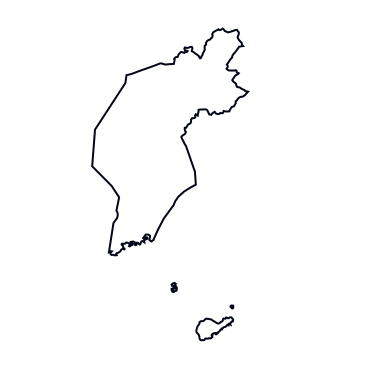 the district of Rompin, Pahang, Malaysia, rotated 70°
{"feature_id": "92858781B70055833536426", "entity_name": "Rompin", "entity_type": "district", "adm_level": 2, "iso_a3": "MYS", "parent_name": "Malaysia", "parent_adm1": "Pahang", "projection": "robinson", "projection_center": [103.679, 2.92], "detail": "fine", "context": "isolated", "style": "outline", "palette": "ink", "viewbox_px": 384, "rotation_deg": 70, "n_neighbors": 0, "source": "geoboundaries", "source_scale": "gbopen_adm2", "svg_char_len": 5984}
<svg xmlns="http://www.w3.org/2000/svg" viewBox="0 0 384 384"><g transform="rotate(70 192 192)"><path d="M48.9,107.3L49.5,109.5L49.3,110.5L48.9,111.2L48.1,111.6L48.5,112.9L48.6,114.5L49.2,117.6L50.8,119.1L52.2,119.1L53.1,119.7L54.0,120.9L54.2,121.8L54.9,122.8L54.9,124.7L55.3,126.1L56.4,127.7L58.3,128.3L59.0,130.1L61.1,130.9L62.6,131.3L64.2,132.8L65.3,134.3L66.8,135.2L67.9,136.9L68.9,137.5L69.2,138.6L68.1,139.0L66.7,139.1L64.4,140.4L63.4,141.3L60.9,142.8L59.7,144.0L58.7,143.6L57.4,142.6L56.2,142.4L55.6,142.6L55.1,143.7L55.2,145.9L55.1,147.3L54.5,148.0L53.8,149.1L54.5,150.1L56.2,150.2L56.9,149.5L58.1,148.0L58.7,149.0L57.9,149.8L58.0,150.6L58.7,151.5L58.0,152.6L56.9,153.6L56.8,155.0L58.2,157.6L59.0,158.2L60.2,159.4L59.8,160.6L59.9,161.7L60.9,163.3L61.8,163.1L63.0,163.7L64.6,164.8L65.4,165.2L63.7,171.1L63.3,173.0L62.3,174.7L60.9,176.4L60.3,177.9L60.4,183.6L60.4,191.6L60.3,197.2L60.3,202.8L60.4,208.6L59.8,213.6L66.8,217.3L100.2,261.8L133.7,277.0L158.9,265.4L172.1,262.3L183.7,269.4L186.0,269.0L188.6,269.8L189.5,270.3L191.1,271.6L194.3,276.4L220.1,290.6L219.8,288.8L220.4,287.7L221.1,289.3L221.7,289.7L222.3,289.7L223.5,289.3L223.8,288.6L224.0,287.6L225.0,286.6L225.6,284.4L224.7,284.5L224.1,284.3L223.7,283.3L223.9,282.3L223.5,280.4L223.1,279.4L222.3,278.7L221.8,277.8L221.9,276.7L222.1,276.0L222.8,275.2L222.5,274.8L221.6,275.1L220.7,275.6L218.8,275.3L217.9,275.9L217.2,276.1L216.7,275.6L217.7,272.5L217.1,271.5L217.2,270.5L217.7,269.8L218.5,269.1L220.6,267.8L220.8,269.2L221.3,269.7L221.8,269.2L221.5,268.1L221.1,267.2L221.4,266.3L221.2,265.6L220.5,265.2L219.9,265.6L219.6,267.0L219.0,267.5L218.0,266.9L218.2,265.1L218.5,264.2L219.3,263.2L220.1,262.8L221.2,263.3L222.2,263.6L222.7,263.2L222.7,262.4L222.3,262.0L221.7,261.9L220.8,261.4L220.9,260.8L221.2,260.3L223.5,259.2L223.4,258.5L222.6,257.9L221.1,256.4L221.3,255.0L222.9,254.0L222.0,253.8L220.8,252.8L220.7,251.5L220.7,250.1L219.8,249.7L219.1,249.9L219.0,251.0L219.5,252.1L219.3,253.5L218.5,253.7L216.2,249.9L216.9,248.0L217.8,246.9L218.9,246.4L220.1,247.0L221.9,248.2L222.5,248.4L224.6,247.0L223.9,244.7L215.8,236.9L207.3,227.6L198.0,213.7L195.0,211.0L191.7,206.4L188.8,199.1L187.3,192.0L186.4,185.9L174.0,182.3L146.7,181.9L144.2,182.5L141.8,182.7L138.3,183.2L136.6,183.2L135.9,182.2L134.9,178.5L133.5,177.2L132.6,177.5L130.8,177.5L129.2,176.8L129.6,175.4L128.6,174.4L127.3,172.7L127.0,170.1L125.8,168.9L123.8,168.2L122.7,166.7L123.3,164.6L122.9,163.3L121.0,162.9L120.3,161.8L122.1,160.5L120.7,159.8L119.2,158.6L117.0,157.7L117.3,156.1L118.3,153.1L119.0,150.8L120.3,149.7L125.1,149.2L126.0,147.6L124.8,145.3L124.4,143.3L126.7,142.5L127.7,140.9L128.0,140.0L127.4,138.5L128.4,136.6L128.2,135.7L126.7,134.5L127.9,132.7L128.6,130.8L129.0,129.3L128.0,128.5L126.8,127.1L125.7,125.5L125.8,123.1L124.4,121.6L123.6,120.6L121.6,119.9L121.5,118.9L119.8,116.5L119.2,114.2L119.7,111.7L119.2,109.4L116.9,105.0L115.4,107.4L114.1,107.9L111.9,110.2L110.3,111.2L109.5,112.3L108.9,113.6L106.8,113.9L105.4,113.6L103.8,114.4L102.9,115.2L100.6,115.9L97.4,111.5L97.0,108.6L96.4,107.5L95.0,109.0L93.1,108.7L92.4,109.5L92.5,110.3L91.0,114.3L90.1,116.2L88.1,117.4L86.8,115.7L85.3,115.3L84.2,115.7L80.2,110.1L79.5,108.6L77.9,107.5L77.0,106.5L74.9,102.8L71.6,97.9L72.3,94.1L71.0,94.7L68.7,94.3L67.5,95.0L64.4,96.1L62.1,96.2L59.7,94.1L58.0,93.4L56.4,94.0L55.0,94.3L54.6,96.0L54.7,98.2L54.5,102.5L54.2,103.8L52.9,105.0L52.0,106.1L50.3,106.5L48.9,107.3ZM326.8,197.8L326.5,197.5L326.3,197.1L325.7,196.9L325.3,197.1L324.8,197.4L323.4,197.8L322.9,198.6L322.8,199.1L322.8,199.5L323.1,200.4L323.1,200.9L322.9,201.4L322.3,201.9L321.8,202.5L321.7,202.9L321.7,203.2L322.4,203.7L322.5,204.0L322.2,204.3L322.0,205.2L321.7,205.7L321.9,206.2L323.1,206.9L323.7,207.5L323.9,208.0L323.9,209.2L324.5,210.4L324.5,211.0L324.7,211.6L324.5,212.6L323.4,213.7L321.6,215.0L320.3,216.2L318.1,217.7L317.6,218.9L316.9,219.8L316.5,220.9L316.0,221.5L315.9,222.1L316.0,222.8L316.9,224.6L317.0,225.5L317.0,226.3L316.5,227.6L316.7,228.9L316.9,229.4L318.2,230.0L318.6,230.5L320.4,233.0L322.4,234.5L323.4,235.1L324.2,235.5L325.1,235.7L326.6,235.2L328.5,234.5L330.1,234.5L331.5,234.9L332.4,235.0L333.7,234.8L334.2,234.5L334.5,234.1L334.6,233.4L335.3,231.6L335.3,231.0L334.5,230.0L334.3,229.4L334.6,228.7L335.3,227.3L335.3,226.8L335.2,226.2L335.4,225.7L335.7,225.2L335.9,224.6L335.8,224.0L335.3,223.5L335.1,222.9L335.3,222.6L334.9,222.4L333.6,222.5L333.7,221.9L333.2,221.5L332.8,221.8L332.3,221.2L332.2,220.0L332.4,218.7L332.6,218.2L333.0,218.1L333.5,218.4L333.9,218.2L334.0,217.6L333.8,217.2L333.0,216.9L332.8,215.8L333.2,215.5L333.0,215.1L332.5,214.8L331.9,213.1L331.6,212.9L331.2,212.2L331.4,211.4L330.9,211.3L330.6,211.1L330.5,210.6L331.0,210.4L330.2,209.3L329.9,208.3L330.1,207.2L330.0,206.2L329.8,205.9L329.7,205.5L329.3,204.8L329.0,204.3L328.8,204.1L328.9,203.6L329.1,203.6L329.4,203.5L329.4,203.3L329.6,203.2L328.7,202.6L328.5,202.4L328.6,202.2L328.4,202.0L328.4,201.8L329.0,201.7L329.5,201.3L329.2,201.3L328.7,201.1L328.6,200.8L328.3,200.6L327.8,200.0L327.4,199.0L327.7,198.1L327.4,197.7L327.2,197.8L326.8,197.8ZM275.6,238.8L275.3,239.5L276.1,242.6L276.2,243.5L276.0,244.2L276.6,244.3L276.8,244.6L277.2,244.6L277.0,244.0L277.2,243.8L276.8,242.8L277.0,242.4L277.2,242.5L277.4,242.8L278.2,244.3L278.8,244.6L279.3,244.2L279.7,243.3L279.1,240.9L279.4,240.4L279.3,240.2L278.2,239.6L278.1,239.9L277.9,240.0L277.2,240.1L277.2,239.8L277.3,239.7L277.2,239.4L276.4,239.0L276.1,239.3L275.6,239.3L275.6,238.8ZM273.4,239.5L272.7,238.7L272.2,239.0L271.7,239.4L271.5,239.5L271.6,240.3L271.4,240.5L271.5,241.6L272.2,242.9L272.4,242.8L272.6,242.5L273.2,242.8L273.7,241.7L274.4,241.8L274.3,240.6L274.0,240.2L274.3,239.8L274.1,239.4L273.4,239.5ZM314.3,193.3L313.7,193.1L313.5,192.7L313.5,192.4L313.3,192.2L312.8,192.2L312.7,192.5L312.8,192.6L313.1,193.0L313.5,193.2L313.5,193.5L313.4,193.9L312.2,194.0L312.3,194.6L313.0,195.1L313.8,194.6L314.3,194.6L314.7,194.4L314.7,194.0L315.2,193.9L315.3,193.5L314.9,192.9L314.6,193.0L314.3,193.3Z" fill="none" stroke="#020617" stroke-width="2"/></g></svg>